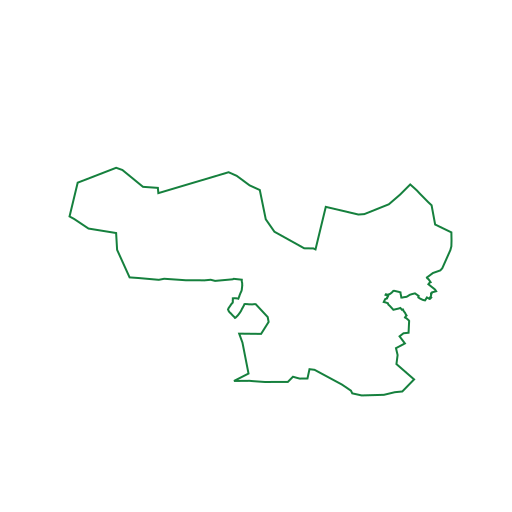 Ife East, Osun, Nigeria, rotated 112°
{"feature_id": "59680162B92942987363648", "entity_name": "Ife East", "entity_type": "district", "adm_level": 2, "iso_a3": "NGA", "parent_name": "Nigeria", "parent_adm1": "Osun", "projection": "equal_earth", "projection_center": [4.586, 7.388], "detail": "fine", "context": "isolated", "style": "outline", "palette": "green", "viewbox_px": 512, "rotation_deg": 112, "n_neighbors": 0, "source": "geoboundaries", "source_scale": "gbopen_adm2", "svg_char_len": 3755}
<svg xmlns="http://www.w3.org/2000/svg" viewBox="0 0 512 512"><g transform="rotate(112 256 256)"><path d="M188.6,312.8L234.3,370.1L229.6,372.5L234.2,386.7L226.3,412.1L226.6,418.7L254.8,448.8L289.2,443.7L289.8,438.4L293.3,421.6L287.1,394.3L302.3,387.1L323.2,365.2L320.5,356.9L314.5,337.2L311.5,332.6L306.5,317.3L304.7,311.7L299.6,299.1L298.0,294.9L295.0,289.1L294.4,284.6L286.3,268.8L285.5,268.1L283.3,260.3L284.6,259.8L285.3,259.4L286.1,258.8L286.9,258.4L287.7,258.1L288.4,257.7L288.8,257.7L289.3,257.5L289.5,257.4L290.1,257.3L290.5,257.1L290.9,257.0L291.5,256.9L291.9,256.8L292.3,256.6L293.0,256.5L293.6,256.4L294.1,256.4L294.5,256.4L294.9,256.4L295.4,256.5L296.1,256.5L296.7,256.5L297.3,256.5L297.9,256.5L298.5,256.5L299.0,256.5L299.4,256.4L300.2,256.4L300.6,256.4L300.9,256.4L301.4,256.4L301.8,256.4L302.2,256.4L302.2,256.6L302.3,257.0L302.5,257.8L302.5,258.1L302.7,258.7L302.9,259.2L303.1,259.9L303.4,260.5L303.6,261.0L303.9,261.6L304.1,261.5L304.3,261.5L304.6,261.4L304.9,261.2L305.1,261.1L305.4,261.0L305.7,261.0L306.0,260.8L306.2,260.7L306.5,260.7L306.8,260.5L307.1,260.3L307.4,260.2L307.6,260.2L308.0,260.2L308.3,260.2L308.5,260.4L308.9,260.5L309.2,260.6L309.6,260.7L309.9,260.9L310.2,260.9L310.5,261.0L310.8,261.0L311.0,261.1L311.4,261.2L311.7,261.2L312.1,261.3L312.5,261.4L312.9,261.5L313.3,261.6L313.5,261.6L313.8,261.7L314.3,261.8L314.6,261.9L315.1,261.9L315.6,261.9L316.1,261.9L316.3,261.6L316.6,261.3L316.9,261.1L317.2,260.8L317.4,260.5L317.6,260.1L317.9,259.8L318.1,259.3L318.3,259.0L318.4,258.5L318.6,257.9L318.9,257.4L319.1,256.9L319.3,256.5L319.6,255.9L319.8,255.4L320.1,254.8L320.3,254.2L320.5,253.8L320.6,253.4L320.9,252.9L321.2,252.5L321.3,252.3L321.0,252.0L320.5,251.7L319.8,251.4L319.0,251.1L318.4,250.8L317.5,250.5L316.8,250.3L316.1,250.1L315.6,250.0L314.9,249.8L314.3,249.6L313.9,249.6L313.4,249.5L313.0,249.4L312.4,249.3L311.9,249.3L311.0,249.2L310.4,249.2L309.9,249.2L309.7,249.1L309.3,249.0L308.8,249.0L308.3,248.9L307.9,248.9L307.3,248.8L306.3,248.7L305.9,248.7L305.4,248.7L305.0,248.7L304.5,247.9L304.3,247.2L303.8,245.8L303.4,244.2L302.7,242.5L302.3,241.4L301.2,239.4L300.8,238.2L308.2,222.3L312.4,219.6L326.3,222.1L334.3,242.5L341.4,236.1L367.8,218.9L380.1,229.6L374.1,215.1L373.7,213.7L373.0,211.4L369.5,200.6L360.8,179.3L354.1,176.5L353.7,172.7L353.3,169.6L350.3,162.4L340.9,164.0L339.6,159.1L343.0,128.2L345.3,117.5L347.3,115.3L345.7,105.8L336.8,85.4L330.3,76.3L326.8,69.6L311.2,63.2L303.6,85.3L294.8,87.6L289.0,91.7L281.3,85.2L276.7,92.8L272.4,90.3L270.0,85.8L258.8,89.7L258.3,90.6L257.4,93.2L257.2,94.8L256.1,94.7L254.8,94.1L253.8,95.5L252.8,96.6L251.8,98.4L250.9,99.3L250.5,99.8L251.2,100.5L250.1,102.7L251.3,104.1L254.4,108.5L252.2,113.1L251.4,115.2L251.0,115.5L250.4,116.0L250.5,118.4L250.8,120.3L250.1,120.3L249.4,120.2L247.6,120.1L246.2,118.6L245.5,118.9L244.5,118.5L243.4,118.5L243.5,121.3L242.8,121.2L242.6,119.4L240.8,117.4L238.8,116.3L236.9,115.6L236.5,114.8L235.8,110.4L235.6,108.4L237.0,107.7L238.2,106.8L240.1,105.7L239.8,104.9L238.7,103.3L237.5,101.2L236.7,100.5L234.4,98.9L232.9,97.1L231.1,94.6L232.1,90.2L233.3,90.2L233.6,89.9L234.0,88.0L234.2,85.0L234.0,83.3L233.8,82.6L230.4,82.0L230.8,79.0L230.5,78.6L229.0,78.0L228.8,79.0L227.5,78.7L225.2,79.7L225.0,79.1L223.8,79.2L221.2,75.8L220.1,77.3L219.5,79.1L219.0,80.9L217.6,85.6L215.6,85.0L214.9,84.3L212.9,87.3L212.5,88.9L211.9,89.5L210.0,88.3L205.5,85.6L200.3,79.7L197.6,78.7L177.7,78.0L173.8,78.5L168.7,80.4L160.9,83.7L159.7,101.7L143.2,112.2L141.6,116.4L140.3,119.4L138.6,123.3L136.8,127.5L135.0,131.3L133.5,135.3L131.9,139.8L145.1,145.4L158.3,152.2L176.6,171.3L179.2,176.6L184.3,209.7L227.6,203.3L227.5,205.7L230.8,214.2L226.6,248.0L218.3,260.7L193.4,277.2L192.9,288.4L188.9,303.9L188.6,312.8Z" fill="none" stroke="#15803d" stroke-width="2"/></g></svg>